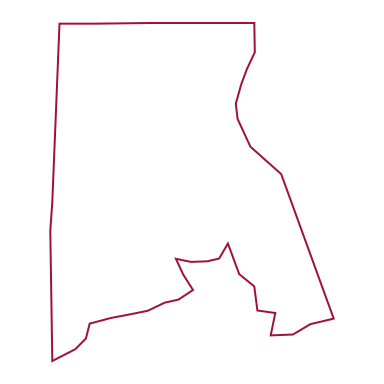 outline of São Vendelino, Rio Grande do Sul, Brazil
{"feature_id": "56859067B53774247031455", "entity_name": "São Vendelino", "entity_type": "district", "adm_level": 2, "iso_a3": "BRA", "parent_name": "Brazil", "parent_adm1": "Rio Grande do Sul", "projection": "natural_earth1", "projection_center": [-51.365, -29.385], "detail": "fine", "context": "isolated", "style": "outline", "palette": "rose", "viewbox_px": 384, "rotation_deg": 0, "n_neighbors": 0, "source": "geoboundaries", "source_scale": "gbopen_adm2", "svg_char_len": 578}
<svg xmlns="http://www.w3.org/2000/svg" viewBox="0 0 384 384"><path d="M239.7,23.0L151.0,23.0L92.3,23.7L59.5,23.7L52.3,201.8L50.3,230.8L52.3,361.0L75.4,349.1L85.9,338.5L89.7,323.6L110.8,318.0L128.7,314.6L147.7,310.8L164.6,302.7L178.4,299.6L193.0,290.0L183.3,274.7L175.9,258.8L191.0,261.9L207.4,261.3L219.2,258.5L227.9,243.5L239.2,274.1L254.3,286.5L257.4,310.5L275.3,313.0L270.7,335.4L293.0,334.5L310.2,324.2L333.7,318.6L281.2,174.1L250.4,146.7L237.6,119.0L235.8,103.7L241.2,84.4L246.9,69.1L254.8,52.3L254.3,23.0L239.7,23.0Z" fill="none" stroke="#9f1239" stroke-width="2"/></svg>